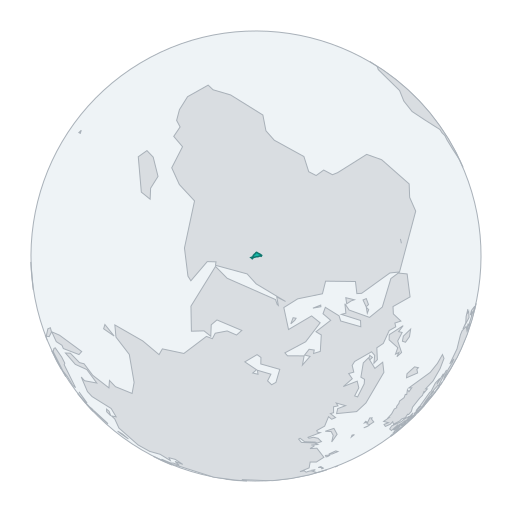 the Earth from above Khartoum, rotated 149°
{"feature_id": "SDN-874", "entity_name": "Khartoum", "entity_type": "Region", "adm_level": 1, "iso_a3": "SDN", "parent_name": "Sudan", "parent_adm1": "", "projection": "orthographic", "projection_center": [32.98, 15.925], "detail": "fine", "context": "on_globe", "style": "filled", "palette": "teal", "viewbox_px": 512, "rotation_deg": 149, "n_neighbors": 0, "source": "natural_earth", "source_scale": "10m", "svg_char_len": 9712}
<svg xmlns="http://www.w3.org/2000/svg" viewBox="0 0 512 512"><g transform="rotate(149 256 256)"><circle cx="256" cy="256" r="225" fill="#eef3f6" stroke="#a8b0b8"/><path d="M194.7,39.2L193.6,39.6L188.5,41.1L191.9,40.3L196.8,38.9L199.9,38.3L199.6,38.6L193.1,40.3L192.3,40.4L190.2,41.1L187.1,41.9L188.5,41.7L180.6,44.2L187.9,42.4L181.2,45.0L176.2,46.5L177.4,45.4L172.0,47.0L194.7,39.2ZM128.3,70.4L128.7,70.2L135.9,65.4L138.9,63.9L147.4,59.0L149.9,57.9L158.4,53.8L156.2,55.7L149.6,59.9L142.5,63.6L139.4,65.9L145.5,63.7L131.6,72.8L121.3,83.2L117.8,85.8L112.1,87.4L113.8,83.0L106.5,87.7L110.3,86.3L101.5,94.0L99.7,96.2L99.7,97.1L102.7,95.0L99.5,98.3L94.4,100.3L97.3,97.2L98.8,96.4L99.6,94.8L96.1,97.4L91.9,101.7L91.6,102.0L103.1,90.6L115.3,80.0L128.3,70.4ZM32.8,225.3L31.9,233.3L32.4,246.2L32.5,257.0L32.1,262.0L33.1,265.9L33.2,269.7L40.9,285.0L47.8,299.5L49.5,312.6L47.7,323.9L55.2,352.8L54.4,356.3L58.3,364.1L51.2,349.8L45.1,335.1L40.0,320.0L36.0,304.6L33.1,288.9L31.4,273.0L30.7,257.1L31.2,241.1L32.8,225.3ZM158.9,53.2L158.6,53.5L157.2,54.1L158.9,53.2ZM162.9,51.3L161.5,51.8L163.1,51.0L164.0,50.7L162.9,51.3ZM164.3,51.0L166.3,49.5L169.3,48.2L174.9,46.2L164.3,51.0ZM198.4,38.4L193.2,39.8L197.8,38.4L198.4,38.4ZM222.7,33.2L221.9,33.4L216.2,34.4L211.5,35.2L214.7,34.8L200.6,37.7L204.8,36.6L222.7,33.2ZM294.7,34.1L293.8,33.9L294.7,34.1ZM201.5,37.9L202.7,37.4L209.4,36.0L208.0,36.8L206.3,37.0L201.5,37.9ZM231.0,32.1L233.1,32.0L222.5,33.3L224.3,33.0L231.0,32.1ZM204.6,37.5L207.1,37.3L203.8,38.4L200.7,38.4L204.6,37.5ZM211.6,35.4L214.7,34.9L212.6,35.4L211.6,35.4ZM193.2,43.0L194.6,42.0L198.1,41.1L193.2,43.0ZM208.3,37.2L209.4,36.9L211.0,36.5L211.9,36.7L208.3,37.2ZM223.5,33.4L222.7,33.7L227.9,32.8L228.4,33.1L221.2,34.1L224.5,33.8L218.7,34.6L223.5,33.4ZM217.5,36.0L208.6,38.0L205.3,39.8L202.0,40.6L208.0,37.5L217.5,36.0ZM218.7,35.1L217.2,35.8L213.9,36.1L212.9,35.9L218.7,35.1ZM231.3,33.0L232.4,32.3L233.9,32.2L231.3,33.0ZM217.2,36.4L219.3,36.0L217.3,36.5L217.2,36.4ZM227.7,33.9L227.9,33.5L229.6,33.4L227.7,33.9ZM223.5,35.5L220.6,36.0L219.8,35.8L223.5,35.5ZM225.9,34.7L228.3,34.5L221.3,35.4L225.7,34.5L225.9,34.7ZM229.3,33.8L230.4,33.5L229.0,33.9L229.3,33.8ZM228.1,36.4L219.5,37.6L217.8,36.9L226.4,35.8L228.1,36.4ZM357.1,54.7L365.4,59.8L383.2,71.6L382.1,69.8L386.9,72.8L406.1,88.1L428.6,113.7L435.3,120.7L439.3,126.1L441.6,130.5L435.8,122.6L433.2,120.8L429.6,116.1L431.2,121.6L426.1,115.1L429.9,123.2L434.4,127.8L434.8,124.8L440.3,135.4L447.7,143.2L454.4,154.8L462.1,179.1L461.0,189.1L462.2,193.3L458.7,190.2L458.7,199.9L468.9,219.9L470.3,226.6L468.1,242.3L467.2,237.4L457.9,229.1L459.5,245.8L466.7,256.2L469.3,271.0L465.2,268.3L462.2,255.5L458.9,252.2L457.4,237.9L450.0,218.7L445.7,224.8L443.8,216.4L433.0,202.0L425.6,210.4L415.3,236.9L417.8,258.6L412.5,269.6L396.8,241.5L389.9,221.4L384.1,224.6L368.0,209.6L339.9,212.6L336.0,207.6L330.7,210.8L319.3,206.6L313.4,198.3L306.5,199.5L322.4,221.3L329.8,220.1L336.1,210.5L339.1,218.6L350.1,224.8L337.6,246.5L296.1,267.9L292.2,251.8L261.7,208.6L262.8,203.6L262.6,203.1L262.3,202.1L259.3,210.2L254.1,201.8L270.2,232.0L272.8,245.2L295.5,268.9L293.3,271.6L300.7,276.3L324.6,268.3L324.7,273.8L313.2,299.7L280.3,334.9L284.9,356.7L282.8,375.0L262.7,387.5L264.9,400.9L254.6,405.7L254.2,413.1L246.2,420.9L232.6,427.8L209.0,427.1L207.2,420.6L194.8,407.1L177.5,373.3L183.0,358.2L180.7,345.8L163.7,316.6L167.4,301.1L163.0,294.0L153.7,294.8L148.6,286.3L143.1,285.4L108.8,286.1L98.7,273.8L87.6,238.9L94.1,227.1L96.0,212.2L141.2,168.4L150.0,172.5L184.7,169.6L188.9,171.8L183.9,182.9L209.3,198.6L218.5,189.4L242.3,197.8L258.7,197.5L266.0,176.2L239.2,176.0L235.4,165.7L257.6,156.9L281.1,158.1L280.4,154.2L266.2,145.6L272.4,138.6L261.4,142.1L265.3,146.1L258.5,148.7L254.5,145.4L256.9,142.8L250.0,141.1L240.7,154.7L243.6,160.2L225.1,162.4L228.3,172.0L223.0,176.3L215.6,161.9L216.9,156.7L202.6,141.4L199.6,146.9L212.9,162.0L208.4,160.7L204.4,169.3L204.0,161.7L190.3,144.9L174.0,147.2L152.0,167.2L142.8,168.1L135.7,162.8L145.0,141.6L164.6,142.1L168.1,135.6L165.3,125.6L171.5,127.0L172.7,123.3L180.2,123.5L191.9,115.5L199.7,115.1L205.4,104.6L210.2,103.3L205.4,109.7L206.3,114.4L225.8,114.8L229.9,112.7L232.0,106.1L237.1,107.5L236.7,101.2L248.4,99.1L233.7,96.6L235.8,90.0L243.5,85.3L241.5,82.9L229.1,90.7L226.5,94.4L228.5,98.1L219.1,109.1L212.1,110.8L212.0,98.4L202.1,99.7L206.3,90.4L237.5,73.4L249.9,70.8L268.1,79.4L264.6,83.1L256.3,81.6L263.0,88.7L262.9,85.3L267.2,86.8L270.2,81.7L273.4,82.6L271.0,76.5L275.2,77.1L276.6,80.9L284.8,74.8L293.8,75.1L294.1,73.4L291.9,71.5L304.8,73.8L304.5,72.5L300.2,71.1L296.7,67.8L295.5,63.2L300.0,64.2L301.1,66.0L310.0,71.8L312.1,77.1L313.8,77.1L313.1,72.8L302.2,65.7L300.2,62.6L306.0,65.5L303.7,64.2L304.2,63.1L308.9,63.1L302.8,59.9L301.5,48.5L310.4,48.3L315.7,51.5L319.6,47.0L329.4,48.5L325.3,47.1L324.4,44.9L321.4,44.3L319.4,43.5L315.7,39.4L318.4,39.8L312.2,37.9L310.2,37.3L307.8,36.8L305.3,36.2L323.0,40.9L340.3,47.1L357.1,54.7ZM124.8,192.0L123.4,196.3L124.8,192.0ZM305.9,170.9L320.1,171.0L314.1,158.2L319.1,157.4L315.2,153.6L313.6,157.3L304.1,147.0L310.4,143.0L308.9,137.6L304.0,137.4L294.0,146.6L307.5,161.0L304.0,166.5L305.9,170.9ZM101.8,93.9L102.1,93.8L101.4,95.3L100.2,95.9L101.8,93.9ZM107.0,96.0L101.7,101.4L104.7,97.7L102.1,99.1L105.1,93.5L116.2,86.9L110.6,90.7L107.0,96.0ZM112.2,85.2L109.0,88.9L112.1,85.2L112.2,85.2ZM172.3,105.1L174.4,107.5L171.0,111.4L161.1,113.7L166.0,107.8L172.3,105.1ZM178.3,110.2L180.9,98.3L187.1,97.1L183.2,99.7L187.0,100.0L181.7,104.4L185.1,115.6L182.3,119.9L165.7,120.5L172.7,117.7L170.1,115.2L178.3,110.2ZM176.5,76.0L177.7,72.5L189.7,74.1L187.2,77.3L177.2,79.3L174.3,76.6L176.5,76.0ZM173.9,48.5L173.6,48.2L175.4,47.6L177.1,47.3L173.9,48.5ZM193.5,42.6L177.2,49.7L176.0,49.6L167.8,54.7L161.5,56.5L167.0,52.9L156.0,58.6L158.4,56.1L151.3,60.2L164.3,52.1L166.0,50.6L166.5,51.5L172.2,49.7L175.2,48.6L185.1,44.4L191.7,41.0L198.5,39.4L201.5,39.1L200.9,39.7L196.7,40.4L199.0,40.6L192.5,42.2L193.5,42.6ZM233.0,45.7L228.3,44.9L231.8,48.5L225.3,48.9L226.1,49.3L221.1,50.8L216.3,53.6L213.5,53.5L212.9,54.7L209.5,56.0L207.7,57.7L202.0,58.3L199.3,60.5L198.2,59.6L195.1,63.4L194.8,60.9L190.4,62.8L193.0,64.2L166.6,66.5L155.8,70.5L146.9,75.5L147.6,71.4L156.4,64.5L168.8,57.6L179.1,54.8L177.6,53.8L182.1,52.3L181.4,53.7L185.1,50.8L188.6,50.0L199.7,45.8L202.8,42.8L206.9,41.5L207.5,42.3L211.2,40.5L215.0,41.3L218.0,40.6L224.8,41.0L224.1,43.6L227.6,42.6L232.9,43.3L233.0,45.7ZM229.8,36.6L230.5,38.9L227.2,40.5L216.8,39.2L213.5,39.8L206.7,39.7L211.5,37.6L213.0,37.8L215.6,37.5L213.1,38.2L217.1,37.4L219.2,37.7L222.9,37.3L222.1,38.1L229.8,36.6ZM194.2,167.8L197.5,168.5L202.9,168.3L200.5,174.0L194.2,167.8ZM184.6,156.4L187.7,155.8L186.9,163.2L183.4,162.7L184.6,156.4ZM190.1,149.6L187.9,155.2L187.0,152.0L190.1,149.6ZM208.4,109.1L211.8,108.4L211.9,110.0L209.7,112.3L208.4,109.1ZM241.9,58.6L239.8,57.4L241.0,56.8L240.5,53.1L245.3,52.9L247.4,55.0L241.9,58.6ZM261.1,179.9L256.0,184.0L253.7,182.0L255.9,180.9L261.1,179.9ZM226.5,179.1L234.1,182.0L225.8,180.6L226.5,179.1ZM247.1,57.8L246.3,56.2L249.2,57.1L247.1,57.8ZM248.8,52.6L252.2,53.2L245.8,52.5L248.8,52.6ZM343.4,451.6L344.3,453.0L341.0,453.8L343.4,451.6ZM321.4,369.8L305.8,401.7L295.2,402.5L293.2,393.7L299.0,374.7L311.4,368.4L317.5,359.2L321.4,369.8ZM477.6,296.7L477.6,296.2L477.6,296.7ZM477.7,294.1L478.2,292.9L477.2,296.6L477.7,294.1ZM478.4,291.8L478.3,292.4L478.5,291.5L478.4,291.8ZM477.1,295.3L471.9,300.8L469.2,300.4L470.4,296.2L474.8,293.4L477.1,295.3ZM470.1,296.2L465.2,289.3L454.6,263.9L458.5,262.7L468.8,275.9L468.3,279.4L471.3,285.5L470.1,296.2ZM479.8,268.5L479.1,278.5L476.8,280.8L475.4,280.7L474.6,269.4L475.1,262.6L476.4,261.6L478.5,236.1L479.8,239.7L479.8,249.9L480.7,256.9L479.8,268.5ZM418.8,260.4L424.1,272.1L420.8,275.1L418.8,260.4ZM477.1,219.8L477.7,230.7L476.5,217.0L477.1,219.8ZM475.0,207.6L476.1,212.0L474.9,208.3L475.0,207.6ZM464.2,199.4L463.0,201.7L461.9,198.6L462.8,193.9L464.2,199.4ZM459.6,164.9L463.6,173.9L464.8,177.2L462.2,172.3L459.6,164.9ZM286.9,57.6L282.2,62.5L282.0,66.8L286.9,70.1L278.0,68.1L278.3,61.4L286.9,57.6ZM299.2,49.3L294.9,47.2L298.0,47.2L299.4,47.7L299.2,49.3ZM295.7,48.7L288.1,47.9L286.5,46.2L292.8,47.1L295.7,48.7ZM267.6,51.7L265.9,53.0L263.6,52.2L267.6,51.7ZM452.1,366.9L455.4,360.7L455.6,360.4L461.5,348.0L464.4,341.6L452.1,366.9ZM481.2,260.4L481.1,264.8L481.0,268.1L480.6,272.9L480.9,268.1L480.0,279.6L479.8,280.2L480.4,271.1L480.9,258.8L481.1,253.3L481.2,250.4L481.2,252.1L481.0,258.1L481.1,263.5L481.3,259.3L481.2,260.4ZM479.8,230.1L479.2,225.8L479.5,230.0L477.8,216.7L478.1,218.4L479.8,230.1ZM477.6,216.3L478.0,220.1L476.9,212.6L477.6,216.3ZM477.5,217.8L476.4,212.5L476.7,212.4L477.5,217.8ZM477.7,215.9L475.7,206.6L476.8,211.5L477.7,215.9ZM473.4,201.0L475.9,207.8L474.5,206.6L469.5,189.6L469.6,188.1L473.4,201.0ZM441.7,128.5L442.7,129.9L439.8,125.8L439.0,124.6L441.7,128.5ZM438.1,123.4L441.2,128.1L442.3,129.4L447.3,137.2L443.1,131.3L437.0,122.0L435.5,119.9L438.1,123.4ZM397.0,80.3L383.5,70.5L379.6,67.8L387.6,73.1L397.0,80.3ZM296.9,34.5L297.1,34.5L294.9,34.1L295.5,34.2L296.9,34.5ZM317.7,43.3L315.2,42.3L316.9,42.3L317.7,43.3ZM309.2,39.7L309.0,40.4L307.3,39.3L309.2,39.7ZM308.9,42.1L308.0,40.4L311.6,42.7L308.9,42.1Z" fill="#d9dde1" stroke="#a8b0b8" stroke-width="1"/><path d="M258.1,257.9L257.2,258.1L256.9,258.1L256.6,258.3L256.4,258.4L256.2,258.3L255.6,258.4L254.7,258.7L254.6,258.8L254.2,258.9L253.9,258.9L253.5,258.8L253.2,258.1L253.1,257.9L252.3,256.5L251.7,255.7L250.8,253.6L251.6,253.1L251.8,253.1L251.9,253.3L252.4,253.9L252.5,254.0L254.7,254.4L254.9,254.5L256.1,255.2L258.0,255.7L258.4,255.9L258.8,256.0L259.2,256.0L259.4,256.0L259.9,255.8L260.0,255.7L260.6,255.6L260.6,255.8L260.7,256.2L261.2,257.3L259.9,257.1L259.1,256.9L258.8,256.9L258.7,257.1L258.3,257.6L258.1,257.9Z" fill="#14b8a6" stroke="#0f766e" stroke-width="1.5"/></g></svg>